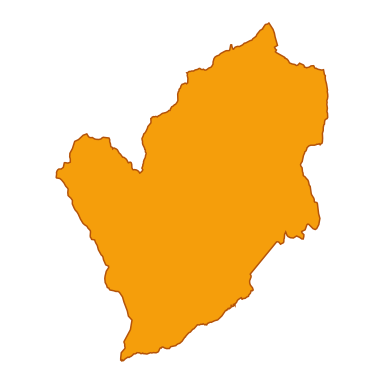 the district of Chupaca, Junín, Peru
{"feature_id": "86281439B55611133848114", "entity_name": "Chupaca", "entity_type": "district", "adm_level": 2, "iso_a3": "PER", "parent_name": "Peru", "parent_adm1": "Junín", "projection": "equal_earth", "projection_center": [-75.432, -12.21], "detail": "fine", "context": "isolated", "style": "filled", "palette": "amber", "viewbox_px": 384, "rotation_deg": 0, "n_neighbors": 0, "source": "geoboundaries", "source_scale": "gbopen_adm2", "svg_char_len": 5959}
<svg xmlns="http://www.w3.org/2000/svg" viewBox="0 0 384 384"><path d="M125.3,358.8L128.0,357.1L129.0,357.5L129.9,356.8L130.7,356.6L132.7,355.1L133.5,354.0L135.3,353.8L136.4,353.3L136.8,352.7L139.6,352.8L140.6,353.6L142.0,353.6L142.6,353.1L144.0,353.8L145.2,353.6L145.7,353.9L147.0,354.0L150.5,352.7L151.8,353.0L153.3,352.6L156.1,352.8L158.0,352.0L158.6,351.3L159.9,348.4L160.5,347.9L161.2,348.1L162.1,347.0L163.4,347.2L164.4,347.9L166.6,348.6L169.4,348.5L170.7,346.7L175.9,345.6L176.5,344.8L178.5,343.6L179.6,343.4L182.1,341.2L184.8,337.2L185.4,337.0L185.9,336.0L187.3,334.4L188.8,332.8L190.4,332.0L192.6,329.4L194.0,328.7L197.4,324.8L199.6,324.9L200.5,324.3L202.4,324.3L203.1,323.8L205.0,324.9L205.6,324.4L206.7,324.9L207.5,323.5L210.2,322.2L211.3,322.3L214.7,320.7L217.7,319.9L221.9,315.9L225.1,311.1L225.7,310.5L226.3,310.5L226.7,309.8L227.5,309.8L228.0,308.6L229.1,308.8L229.3,308.1L229.9,308.3L230.7,307.7L231.4,306.8L231.0,306.1L231.2,305.5L232.0,306.6L233.1,306.3L233.4,304.9L234.0,305.6L234.3,305.5L234.4,304.4L234.7,304.5L235.0,305.1L235.1,303.6L235.8,303.2L236.8,301.9L237.2,300.7L238.2,299.6L241.2,297.6L241.5,297.8L241.7,298.9L242.2,299.2L243.1,298.6L245.2,298.3L246.7,297.1L248.5,296.3L248.7,295.2L250.4,293.2L251.1,290.7L251.5,290.5L252.2,290.8L253.0,290.3L253.1,289.7L252.5,287.8L250.4,285.1L249.7,283.2L249.6,280.8L251.1,276.9L251.0,275.6L250.2,274.1L276.6,241.9L277.9,241.8L278.9,242.2L280.5,244.2L283.4,242.7L283.8,241.9L283.9,239.3L284.3,238.3L284.6,234.4L285.7,232.0L287.0,235.3L288.0,236.5L290.3,237.7L293.4,238.0L296.6,236.0L299.7,237.4L301.7,238.9L303.2,239.0L303.8,236.7L303.9,234.7L301.9,232.7L301.7,231.5L305.1,229.8L306.9,224.8L307.7,224.1L308.7,224.3L313.1,228.7L315.2,229.5L316.7,228.6L318.8,224.6L319.9,218.4L318.6,213.7L317.4,203.6L316.9,202.6L314.6,202.0L314.3,201.4L314.2,199.7L313.8,198.2L311.6,194.7L311.2,193.4L310.2,186.4L309.2,185.0L308.4,181.2L307.4,179.4L306.8,179.1L305.2,177.0L303.3,175.6L303.0,172.9L302.5,171.8L302.1,167.8L300.8,166.0L300.5,164.7L300.8,163.7L302.2,161.5L303.5,155.4L304.6,153.0L304.7,152.0L305.8,151.1L306.3,150.2L307.1,147.6L308.9,145.9L310.8,145.2L314.4,145.2L316.2,144.7L316.5,144.3L318.3,144.2L319.2,143.7L320.1,144.8L321.0,143.8L321.9,143.4L322.4,141.9L322.6,138.4L322.4,133.2L323.2,130.7L323.3,127.2L323.8,124.9L324.5,124.1L324.5,122.6L324.8,120.5L325.2,119.8L326.7,118.6L327.1,118.6L327.7,117.4L327.5,113.3L326.9,111.6L327.4,108.2L326.8,104.3L327.1,102.4L326.8,100.6L327.5,98.7L327.8,96.5L327.7,94.2L327.2,91.3L327.5,90.2L326.5,83.8L325.5,80.2L325.2,77.4L325.4,75.8L324.4,74.5L323.5,69.7L321.9,70.1L317.7,69.2L316.3,68.3L315.2,68.3L314.5,67.6L313.9,66.0L313.5,65.7L311.0,65.9L309.3,67.1L306.4,67.8L305.8,67.3L304.5,67.2L304.1,65.8L303.5,65.0L299.6,63.2L297.7,65.2L296.3,65.5L294.9,64.5L292.2,64.0L289.5,62.9L288.3,60.6L286.9,59.0L285.9,58.6L285.2,57.9L284.7,58.0L284.5,57.2L276.5,52.7L275.4,51.8L276.5,50.0L275.3,48.9L274.5,47.2L277.5,45.4L275.1,36.9L274.4,33.2L273.0,29.3L268.9,23.0L267.7,24.0L265.4,24.5L263.7,26.8L263.7,27.2L262.6,28.4L262.7,28.9L260.1,30.4L257.0,34.3L256.0,36.4L252.9,38.7L251.7,40.3L250.4,40.5L245.6,43.0L244.3,43.2L242.7,44.8L239.5,46.5L237.4,46.4L235.1,47.2L233.5,49.2L233.1,49.2L232.2,47.5L231.6,44.8L230.7,44.9L229.7,50.1L229.1,50.6L226.2,50.7L224.6,51.4L220.5,53.6L219.1,55.1L216.7,56.0L215.1,57.0L214.0,58.6L213.1,61.9L213.0,64.2L211.7,66.4L211.0,67.2L208.7,68.1L207.0,69.5L205.7,70.1L204.5,70.0L203.5,69.2L202.8,69.5L201.0,69.4L200.0,68.5L199.2,68.4L197.6,69.4L195.1,70.0L193.6,71.0L191.6,71.0L190.2,71.5L189.2,71.4L187.4,72.8L186.8,72.8L187.5,74.1L187.2,75.3L187.9,78.4L187.7,82.8L186.6,83.8L185.8,83.2L184.6,83.3L183.4,84.0L182.1,84.3L181.1,85.7L180.3,88.2L179.1,89.3L179.0,90.9L178.3,91.8L177.7,94.1L177.9,100.5L177.2,102.1L175.5,104.4L174.4,104.7L173.5,105.8L171.6,106.9L171.1,108.1L170.7,108.3L170.1,110.4L168.8,110.5L167.8,111.6L165.7,112.6L162.3,113.4L159.6,115.4L158.3,115.9L157.4,116.9L155.8,116.4L154.4,116.8L153.6,116.6L152.2,117.1L151.7,118.0L150.8,118.5L151.0,121.8L150.8,123.0L147.9,126.5L147.3,128.5L146.0,131.3L144.9,133.0L143.8,133.9L143.1,136.2L142.0,138.4L142.1,139.9L142.5,141.1L142.5,143.2L142.8,144.5L144.5,148.0L144.7,149.2L145.3,149.8L145.4,152.0L146.0,152.8L146.2,153.8L145.6,155.3L145.3,157.4L144.1,159.8L143.5,161.7L143.5,163.1L142.9,164.5L142.8,165.9L141.9,168.1L142.8,169.8L142.3,170.9L140.3,172.8L139.7,173.1L138.6,171.3L136.6,170.0L134.6,169.6L133.2,169.8L132.7,169.5L131.9,167.8L131.7,164.2L131.1,162.6L130.4,162.2L129.4,162.3L128.7,162.8L128.2,162.7L126.9,160.1L125.9,158.8L123.8,157.3L122.6,157.2L120.4,154.1L119.2,153.1L117.4,149.9L116.3,149.0L114.2,148.0L113.6,148.1L112.7,148.9L112.4,147.5L110.8,146.6L110.4,143.6L109.7,141.8L109.7,139.7L109.0,138.0L103.2,137.3L102.2,137.8L100.7,139.1L98.6,139.5L96.1,139.3L94.7,139.0L92.3,137.5L90.9,137.7L89.4,137.4L88.4,136.5L86.8,133.9L83.2,135.2L78.5,139.6L74.7,141.4L72.4,148.6L69.9,153.3L69.7,156.9L70.3,158.9L70.3,162.2L68.0,163.1L64.8,162.6L64.3,162.8L63.3,167.4L61.2,169.0L58.9,169.0L57.8,169.8L57.0,171.0L56.5,172.4L56.6,174.2L56.2,177.3L56.5,177.9L59.8,178.5L61.6,180.0L63.9,182.8L65.7,186.1L67.7,188.3L68.1,189.2L67.8,192.6L68.1,195.6L70.8,198.1L72.4,200.3L72.3,203.9L74.2,208.2L75.3,210.2L76.9,211.9L78.2,214.0L80.5,219.2L83.0,223.3L84.5,224.7L87.0,226.3L87.9,228.0L90.3,230.6L90.5,231.9L90.2,236.0L90.5,237.5L91.1,238.1L91.6,239.4L94.6,239.9L95.6,242.6L97.3,245.6L98.4,249.8L101.2,254.9L102.2,255.7L103.0,257.1L103.5,259.7L105.6,264.5L105.8,264.9L108.5,266.1L108.7,267.4L108.5,267.8L106.3,271.2L105.1,276.1L104.8,278.5L105.2,282.6L106.5,284.9L107.3,287.5L108.9,288.2L109.5,289.5L110.0,290.0L114.0,290.8L115.6,291.4L118.2,291.5L119.1,292.1L119.9,293.0L122.5,296.9L124.0,302.1L127.3,310.9L128.4,316.1L132.0,320.1L130.4,329.7L124.0,341.6L124.0,342.3L124.7,344.1L124.7,346.0L125.1,347.6L124.8,348.6L121.3,352.7L121.2,353.4L120.7,358.1L120.7,360.0L121.7,359.9L121.6,360.8L121.9,361.0L122.4,360.1L123.5,360.6L125.3,358.8Z" fill="#f59e0b" stroke="#b45309" stroke-width="1.5"/></svg>